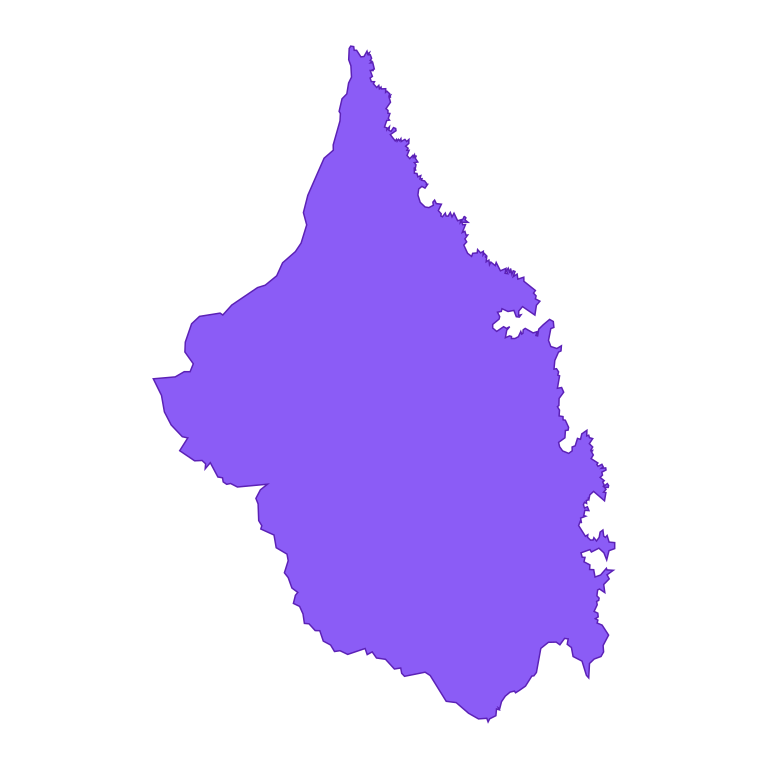 Nossa Senhora Da Luz, São Domingos, Cabo Verde
{"feature_id": "66160863B49789826079472", "entity_name": "Nossa Senhora Da Luz", "entity_type": "district", "adm_level": 2, "iso_a3": "CPV", "parent_name": "Cabo Verde", "parent_adm1": "São Domingos", "projection": "equal_earth", "projection_center": [-23.458, 15.031], "detail": "fine", "context": "isolated", "style": "filled", "palette": "violet", "viewbox_px": 768, "rotation_deg": 0, "n_neighbors": 0, "source": "geoboundaries", "source_scale": "gbopen_adm2", "svg_char_len": 6086}
<svg xmlns="http://www.w3.org/2000/svg" viewBox="0 0 768 768"><path d="M199.5,316.4L191.6,323.8L185.3,342.1L184.9,352.0L193.3,363.8L190.1,371.7L184.2,371.7L175.2,376.9L153.3,378.8L161.5,395.4L164.4,411.9L171.2,425.0L182.3,436.7L187.8,437.9L179.7,450.7L194.6,460.8L202.1,460.5L205.6,463.8L205.2,468.8L210.3,462.7L217.9,477.0L222.5,477.8L223.2,481.9L226.7,484.3L230.6,483.5L237.4,487.0L267.5,484.2L260.4,489.8L255.9,498.4L258.1,503.9L258.7,520.6L261.8,525.7L260.8,529.0L274.0,535.0L276.2,547.7L287.0,554.1L288.2,560.7L284.4,572.8L288.2,577.6L291.9,588.0L297.8,592.4L295.4,595.3L293.4,603.4L299.6,606.4L303.0,613.9L304.4,623.4L309.0,623.8L315.2,630.6L319.8,630.7L323.3,641.1L330.6,645.0L334.5,651.5L340.0,650.7L347.7,654.4L365.1,648.5L367.2,654.6L372.2,651.9L376.5,658.0L385.5,659.3L394.4,669.0L400.7,668.0L401.7,673.3L404.5,676.3L425.1,672.2L430.2,675.5L446.2,701.3L456.2,702.6L468.6,713.3L478.5,718.9L486.8,718.3L488.1,721.9L489.7,718.8L495.9,715.7L496.5,709.0L499.3,709.8L498.4,707.9L499.7,708.7L501.5,701.7L505.3,696.1L510.1,692.1L514.4,691.1L515.6,692.8L519.5,690.3L525.5,686.1L531.8,676.1L533.9,675.8L536.4,672.5L540.8,648.4L548.4,642.3L556.2,642.1L559.9,644.8L564.6,638.4L568.2,638.9L567.2,644.3L571.4,647.5L573.1,656.5L582.0,661.1L586.4,675.3L588.7,677.9L589.5,663.5L594.2,659.0L601.0,656.5L603.6,651.9L603.1,645.5L608.6,635.1L602.1,625.1L597.1,623.0L597.9,620.1L595.3,618.7L598.2,616.9L597.8,613.2L594.1,611.4L597.2,604.8L596.6,601.4L598.7,600.4L599.1,598.1L596.9,595.8L597.6,590.0L599.5,589.0L604.8,592.6L603.7,584.5L609.2,578.9L607.0,574.8L613.3,570.3L606.9,569.9L606.4,568.3L600.6,575.0L595.0,577.0L593.7,569.7L589.6,569.5L589.9,564.9L584.0,561.8L585.0,557.4L582.2,557.2L581.0,552.8L589.9,549.6L591.4,552.0L598.9,548.2L603.9,552.8L606.7,559.9L609.0,550.7L614.7,548.6L614.7,542.6L609.1,542.1L607.1,535.5L605.4,537.4L603.7,536.1L602.9,530.0L600.1,532.1L599.2,537.3L596.5,541.0L593.9,537.7L593.1,540.0L590.5,540.1L587.5,537.2L587.8,534.8L585.4,536.3L578.6,525.5L580.4,521.0L581.5,523.1L580.6,518.1L585.7,516.2L583.8,515.5L584.8,510.3L588.9,510.6L587.4,506.8L584.5,508.0L583.4,504.7L584.5,502.3L586.6,503.4L586.3,500.5L588.3,499.9L588.4,497.3L589.0,498.9L589.8,494.9L593.6,491.4L604.5,500.8L605.9,492.6L603.5,492.2L606.0,489.4L604.6,487.4L608.2,487.4L608.6,485.5L607.3,483.6L603.0,487.0L604.1,484.8L602.7,482.0L604.2,480.7L600.1,477.4L602.5,475.1L601.8,472.2L606.0,470.0L605.7,467.9L601.4,468.3L603.2,466.8L601.9,464.3L598.0,466.3L596.8,464.4L597.9,463.0L591.1,458.6L593.3,455.0L591.2,451.3L592.5,450.9L592.6,450.4L591.5,450.8L590.8,450.1L592.7,447.0L589.3,443.7L592.7,438.6L589.5,437.7L588.7,435.2L586.7,435.9L586.9,430.3L581.8,433.8L580.5,439.3L577.5,438.4L575.2,445.8L572.1,447.0L572.2,450.8L568.7,453.4L562.6,450.9L559.6,446.7L558.6,442.4L564.9,437.8L565.4,430.5L568.1,430.1L568.6,427.4L565.3,420.2L563.1,419.8L563.0,416.6L559.1,415.9L559.5,410.1L557.4,406.7L558.9,405.5L559.1,398.4L563.7,392.2L561.6,387.5L557.4,388.3L559.6,375.8L557.8,375.1L558.6,371.9L556.5,368.7L554.0,369.1L554.8,360.5L558.5,352.1L561.0,350.9L561.4,345.8L556.9,348.5L550.8,346.5L548.5,340.4L550.8,328.6L553.9,327.4L553.3,321.5L549.6,319.4L543.2,324.8L538.8,329.1L537.6,335.9L535.9,335.5L537.2,331.6L533.1,332.9L525.2,328.4L523.2,329.8L522.9,333.3L521.7,334.1L520.8,331.5L518.4,336.7L515.0,338.5L511.4,338.5L511.5,336.5L509.6,335.9L505.4,337.7L506.7,330.3L509.7,326.7L506.5,328.4L503.6,326.7L496.7,331.4L492.7,328.0L492.7,324.4L499.1,319.1L499.7,316.6L497.5,312.2L501.3,311.4L502.0,308.7L508.0,311.5L513.9,310.4L516.3,316.7L519.3,317.1L521.0,314.8L518.6,315.3L518.8,311.0L522.5,306.6L534.9,315.1L536.4,305.3L539.9,301.2L535.4,298.9L536.1,295.9L533.5,293.1L535.4,290.5L523.9,281.3L523.8,277.2L517.9,279.1L517.1,274.1L513.3,276.6L515.0,271.5L513.2,270.8L511.9,274.3L510.6,268.5L509.8,273.1L508.2,268.2L506.6,271.0L507.8,273.7L505.1,273.3L506.0,268.4L500.4,270.8L496.2,262.5L495.2,265.6L490.9,262.1L489.5,264.7L488.9,260.1L486.2,261.8L486.7,256.7L484.9,257.3L486.7,256.0L484.2,253.4L483.1,254.9L483.3,251.3L480.6,252.9L477.6,249.6L477.2,252.9L472.7,253.3L471.6,256.4L467.6,253.3L463.8,245.1L466.7,241.9L464.9,238.9L467.7,235.0L466.0,235.1L464.9,231.3L462.3,232.5L465.5,224.5L462.7,224.7L461.9,222.2L468.0,222.3L465.0,219.8L465.9,217.8L464.6,216.6L463.7,217.1L463.4,218.7L462.3,219.4L461.5,221.5L460.3,222.7L460.8,219.8L457.6,220.7L454.0,213.2L452.0,216.9L450.3,212.5L448.1,216.2L446.1,216.0L445.3,213.1L442.4,216.8L440.8,215.9L441.2,213.8L438.3,210.6L441.4,204.2L436.3,203.6L434.6,200.1L432.9,202.1L433.3,205.3L428.9,207.6L425.1,207.0L420.2,202.3L417.9,195.0L418.7,189.0L421.9,186.4L425.0,188.1L427.4,184.6L425.9,184.9L427.0,184.0L424.6,180.9L421.5,180.2L422.0,178.7L420.0,178.9L420.8,175.6L417.8,176.8L417.0,173.5L414.4,173.2L414.3,169.2L415.2,170.2L415.7,170.0L414.1,167.5L415.3,168.4L416.0,164.8L414.3,162.6L417.8,162.0L415.2,158.1L416.4,155.6L414.8,156.9L414.5,154.8L413.2,157.2L412.8,155.5L409.8,158.6L407.0,155.5L409.1,150.3L406.9,150.3L408.1,148.2L405.6,146.2L408.8,143.5L408.9,139.5L406.7,141.5L404.9,139.4L401.2,141.5L400.9,138.7L399.6,140.7L398.4,139.3L397.1,141.2L396.5,139.3L395.2,140.9L390.3,134.6L396.0,130.7L395.7,128.5L393.5,127.6L391.0,131.4L388.9,130.2L389.4,126.8L386.9,129.7L387.0,127.9L384.5,127.0L386.7,120.5L389.5,120.1L388.3,118.4L389.9,113.5L387.9,113.2L388.0,110.4L386.0,108.7L390.5,102.2L389.2,97.7L391.0,96.8L389.5,96.9L390.5,95.2L389.1,95.7L389.7,93.8L386.9,91.2L385.6,92.3L385.7,88.7L381.3,88.9L381.0,87.1L379.4,88.7L378.8,85.4L376.7,87.5L373.4,83.8L374.5,81.7L371.3,81.6L370.1,78.0L372.4,76.4L370.2,70.5L373.7,70.6L372.3,69.9L374.3,69.0L372.8,62.8L370.4,62.9L372.1,61.4L370.2,60.5L371.6,58.3L370.2,54.7L368.5,54.8L369.4,52.6L367.7,53.8L367.0,51.2L364.0,56.5L360.9,56.9L356.6,50.3L354.2,50.3L353.7,46.6L350.7,46.1L349.2,48.5L348.7,59.7L350.9,65.8L351.5,77.1L348.6,83.0L346.8,93.9L342.0,98.8L339.1,111.4L340.4,113.5L340.0,120.9L333.2,144.9L333.3,150.2L324.1,158.2L307.8,195.3L303.4,212.6L306.7,224.9L301.1,243.1L295.4,251.6L282.6,262.8L276.7,275.8L265.2,285.2L257.5,287.6L231.8,305.0L222.8,315.0L220.1,313.1L199.5,316.4Z" fill="#8b5cf6" stroke="#5b21b6" stroke-width="1.5"/></svg>